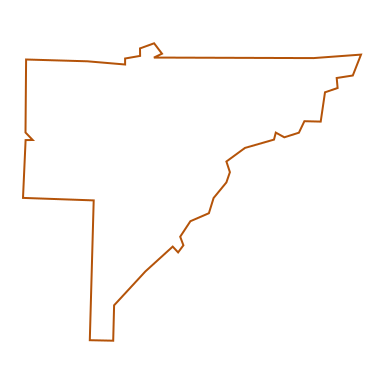 Baker, Georgia, United States of America
{"feature_id": "52423323B71262883524424", "entity_name": "Baker", "entity_type": "district", "adm_level": 2, "iso_a3": "USA", "parent_name": "United States of America", "parent_adm1": "Georgia", "projection": "orthographic", "projection_center": [-84.4, 31.267], "detail": "fine", "context": "isolated", "style": "outline", "palette": "amber", "viewbox_px": 384, "rotation_deg": 0, "n_neighbors": 0, "source": "geoboundaries", "source_scale": "gbopen_adm2", "svg_char_len": 618}
<svg xmlns="http://www.w3.org/2000/svg" viewBox="0 0 384 384"><path d="M23.0,197.9L93.7,200.4L89.8,340.2L113.2,340.7L114.1,305.3L145.4,271.4L172.7,246.6L178.1,252.4L183.4,245.3L180.2,236.7L190.4,221.2L208.9,213.2L213.6,198.0L226.4,182.4L229.9,172.2L226.4,161.5L245.0,147.9L274.0,139.6L275.8,132.6L284.3,137.3L298.9,132.7L304.4,121.2L320.7,121.6L325.0,92.3L337.6,88.0L336.7,78.0L352.8,75.5L361.0,54.6L313.4,58.1L166.2,57.6L153.9,57.6L162.0,53.7L154.1,43.3L140.0,48.4L140.1,55.9L125.1,58.5L125.1,64.5L87.4,61.3L26.1,59.5L25.5,132.5L32.7,140.0L25.6,140.1L23.0,197.9Z" fill="none" stroke="#b45309" stroke-width="2"/></svg>